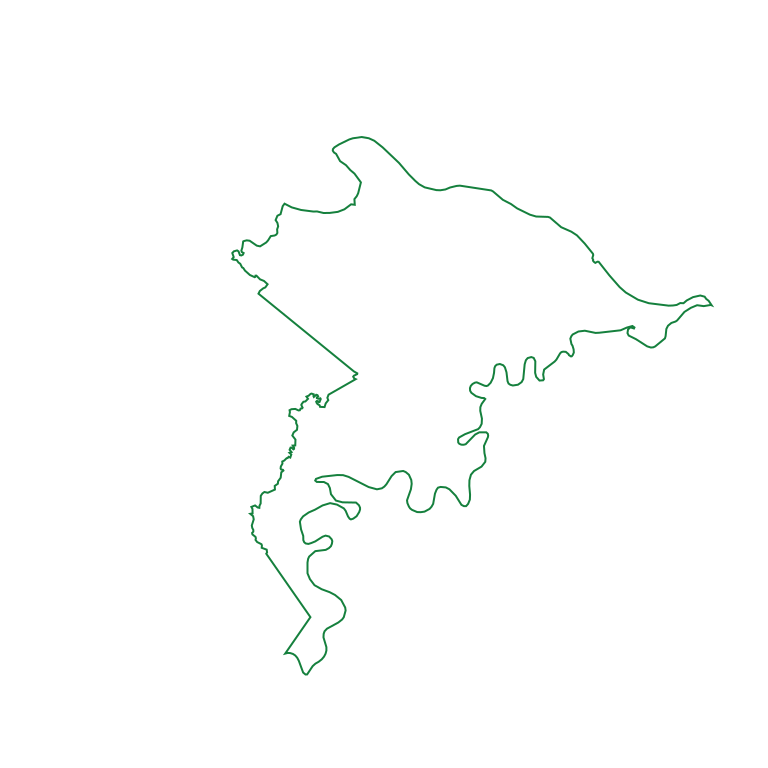 the district of Puerto Cortes, Cortés, Honduras, rotated 40°
{"feature_id": "27666195B79582673708274", "entity_name": "Puerto Cortes", "entity_type": "district", "adm_level": 2, "iso_a3": "HND", "parent_name": "Honduras", "parent_adm1": "Cortés", "projection": "mercator", "projection_center": [-87.847, 15.757], "detail": "fine", "context": "isolated", "style": "outline", "palette": "green", "viewbox_px": 768, "rotation_deg": 40, "n_neighbors": 0, "source": "geoboundaries", "source_scale": "gbopen_adm2", "svg_char_len": 6165}
<svg xmlns="http://www.w3.org/2000/svg" viewBox="0 0 768 768"><g transform="rotate(40 384 384)"><path d="M584.4,113.1L579.3,111.6L576.1,111.7L573.5,111.0L569.4,112.9L564.9,118.8L562.2,125.4L561.5,129.6L558.9,131.6L557.4,135.3L554.9,138.1L551.7,141.0L534.9,151.9L524.3,156.2L510.4,158.5L502.2,158.3L486.7,155.9L469.9,152.4L468.9,153.1L468.0,155.4L466.3,155.5L464.8,155.2L464.4,154.4L462.7,153.7L461.4,150.7L460.3,149.9L447.5,147.4L436.2,146.1L429.6,146.9L418.9,150.0L404.1,149.8L402.2,150.6L392.9,157.9L386.9,160.5L373.1,163.9L365.6,164.5L356.7,166.5L343.7,166.4L341.7,166.8L314.6,183.3L312.3,185.6L308.3,191.0L306.0,195.5L302.6,199.4L299.5,201.8L288.8,207.2L282.4,208.4L277.3,208.3L268.3,207.5L253.4,205.0L230.9,203.6L220.2,203.9L214.4,205.5L208.1,209.2L202.2,215.8L200.2,219.0L195.6,229.3L193.9,234.6L193.9,236.9L194.8,238.2L196.9,238.8L199.4,238.5L207.1,241.5L214.2,240.8L220.7,241.8L226.1,241.8L236.7,244.4L241.6,254.5L242.4,257.6L242.5,261.4L246.4,265.5L243.3,267.5L241.4,275.6L238.0,281.8L232.3,288.0L227.7,291.9L221.9,294.8L218.9,297.4L208.6,304.0L199.8,308.0L191.9,309.8L192.1,312.9L195.6,320.4L194.2,323.6L195.6,328.1L198.8,329.1L201.6,331.3L202.7,334.2L205.2,336.8L205.5,338.7L204.8,340.5L202.2,343.5L202.9,348.6L202.8,351.3L200.6,358.2L197.6,359.8L189.0,360.6L186.5,362.2L184.9,364.4L184.5,365.3L187.7,370.4L189.0,373.5L190.2,374.3L192.3,373.9L192.8,375.6L192.1,377.2L190.8,377.9L187.3,375.9L185.6,376.1L183.7,378.9L183.6,381.2L187.3,383.4L187.3,385.8L188.5,385.7L191.5,383.7L194.4,384.5L196.6,384.3L200.3,385.9L201.7,385.6L204.6,386.5L211.2,386.7L216.3,385.3L216.5,384.8L215.9,383.6L216.6,383.0L221.8,383.5L225.8,382.2L230.7,382.4L231.0,386.3L230.0,388.3L229.1,392.6L229.8,395.5L352.9,393.7L356.7,393.0L357.1,393.7L355.6,397.0L355.7,398.2L357.8,398.9L359.2,398.5L348.4,427.8L349.5,431.0L351.7,432.2L351.8,436.3L353.3,439.9L349.7,442.6L348.4,441.7L346.0,442.1L344.4,441.7L343.4,441.1L343.5,440.2L344.4,439.6L345.8,439.8L346.2,439.2L345.2,436.2L344.4,435.9L343.2,437.5L341.7,438.0L341.2,437.5L341.5,435.8L340.2,435.3L339.0,435.8L338.6,439.0L337.7,438.6L336.8,437.1L334.7,437.9L334.1,438.8L333.8,441.4L332.7,443.5L335.3,444.2L335.0,447.9L333.7,449.4L333.8,452.0L334.1,453.2L336.9,454.5L336.9,455.4L335.9,456.5L336.4,458.2L335.5,459.2L332.1,460.1L329.3,462.8L328.5,464.8L330.0,466.0L331.9,469.4L334.6,468.4L340.4,468.6L341.9,470.5L344.6,471.8L346.8,475.0L345.9,479.1L346.9,482.4L351.9,483.5L355.5,488.1L353.7,489.8L356.1,490.6L356.8,491.5L356.6,492.3L353.9,492.2L353.3,492.8L354.0,495.1L356.9,495.6L355.8,497.5L358.3,497.6L359.5,500.6L357.7,501.1L357.8,502.7L357.1,503.4L356.8,506.7L355.9,508.8L357.4,510.3L358.0,513.5L359.1,515.2L360.1,515.6L361.8,514.7L362.6,515.0L362.1,517.7L365.1,522.2L365.4,526.6L366.8,528.6L365.8,532.3L368.3,535.0L364.9,542.0L361.8,543.6L361.2,546.0L361.5,548.9L366.3,554.8L366.9,557.3L368.1,559.0L366.6,559.8L363.3,559.9L361.4,563.4L363.6,564.3L366.5,567.6L365.0,569.4L368.7,569.4L371.2,571.4L373.7,577.4L375.7,579.0L377.7,579.8L378.8,581.1L378.7,582.9L379.9,583.8L383.8,583.7L385.0,584.5L385.8,586.0L388.4,586.6L393.1,585.5L394.2,586.1L395.6,588.1L400.6,586.3L402.7,588.2L402.9,589.7L477.5,609.9L481.6,654.0L483.1,651.9L485.1,650.4L487.8,649.3L490.5,649.0L493.5,649.5L496.7,650.8L507.5,657.0L510.6,657.0L511.8,655.9L510.7,646.0L511.2,642.3L512.5,638.8L513.3,634.9L513.3,631.4L512.6,628.2L511.2,625.2L509.0,622.6L500.5,617.0L498.4,614.2L497.4,611.6L497.6,608.1L502.3,596.1L503.3,591.3L503.1,588.5L500.2,582.2L498.0,580.2L490.1,577.0L482.1,577.1L476.2,578.4L468.1,581.3L460.1,582.8L452.7,581.1L447.1,578.2L440.2,570.0L438.3,566.8L437.6,564.3L438.8,556.2L446.0,548.5L447.3,545.1L447.6,542.4L446.8,539.9L445.4,537.6L443.7,536.6L440.0,536.1L436.7,537.7L435.1,540.5L432.5,548.8L430.5,552.6L428.9,555.1L426.5,556.5L424.6,556.5L422.6,555.5L419.8,552.3L413.9,548.7L408.1,543.6L407.3,541.2L407.1,537.4L408.9,530.8L411.9,524.7L415.0,516.5L419.3,509.9L425.5,506.6L433.2,505.1L436.1,505.8L441.6,508.6L444.3,509.3L445.7,509.0L447.0,506.9L448.0,502.9L447.3,498.0L446.3,495.5L445.2,494.2L442.8,493.0L438.8,492.8L428.3,501.3L422.1,504.2L414.2,502.5L409.4,498.5L405.4,496.7L401.0,497.7L395.5,502.2L393.4,502.2L392.9,500.4L396.2,494.8L406.8,483.7L411.3,480.1L416.6,477.9L438.5,472.8L446.3,469.2L449.4,465.3L450.2,462.4L450.3,459.3L449.0,449.7L449.5,444.0L454.6,438.3L457.2,437.5L461.4,437.5L466.6,440.0L469.4,442.7L472.3,447.4L476.4,458.3L478.5,460.2L481.9,461.9L484.0,462.5L486.4,462.4L491.7,460.8L494.5,458.6L497.1,455.7L499.2,450.4L499.3,447.5L498.7,444.2L493.5,435.2L492.2,431.2L492.0,428.7L493.5,426.5L497.8,423.5L501.8,422.6L510.8,423.5L521.0,426.8L523.7,426.2L525.4,424.8L525.5,421.8L524.1,417.4L521.1,413.5L514.9,407.3L511.3,402.8L508.9,397.6L508.9,392.8L511.8,384.6L511.6,378.5L509.5,375.6L505.4,372.4L500.4,367.2L497.8,358.0L497.0,356.6L495.5,355.4L493.4,355.3L488.1,359.7L486.3,364.1L485.3,377.6L484.0,379.4L482.2,380.8L480.1,381.4L478.5,381.1L476.2,378.7L475.9,376.7L478.3,370.4L485.1,358.1L485.3,355.5L484.4,351.7L481.3,347.6L475.0,342.7L472.7,339.8L471.6,336.4L471.2,330.4L469.8,330.4L467.6,332.0L462.3,334.2L456.6,334.6L454.3,333.8L452.5,331.9L451.7,329.7L451.8,327.1L452.8,324.5L454.0,323.1L462.1,320.7L463.8,319.7L464.6,318.4L464.9,314.5L463.7,309.5L461.1,304.7L458.4,300.9L457.7,298.9L457.9,296.8L459.9,294.2L463.3,293.0L465.9,293.5L470.3,296.3L476.8,302.4L479.1,303.6L481.3,303.4L483.7,302.3L487.1,298.4L488.2,294.1L487.5,290.7L479.1,278.5L477.4,274.6L477.4,271.8L479.5,268.7L481.9,267.8L485.3,269.3L492.6,278.3L496.0,280.7L500.9,281.4L503.5,278.9L503.4,277.5L499.8,274.4L497.4,270.0L500.3,257.1L500.4,254.5L499.2,247.3L499.4,245.5L500.4,244.1L502.6,242.5L506.1,242.5L507.2,243.0L509.5,242.7L510.0,242.1L510.0,240.7L509.2,237.9L507.0,235.6L503.8,233.5L501.9,232.9L497.6,229.5L496.8,227.0L496.7,224.8L499.2,218.8L503.6,214.1L513.2,208.9L515.9,206.4L530.7,190.8L533.8,184.6L537.0,179.9L539.5,179.7L539.8,180.8L536.3,182.2L535.9,185.4L537.8,188.5L540.3,189.6L548.2,187.7L561.4,186.0L565.0,184.5L566.7,182.8L567.6,180.9L569.9,168.5L569.0,166.4L564.9,160.3L564.1,156.8L564.9,152.5L567.2,148.7L567.7,146.9L567.8,135.6L570.1,128.4L573.2,122.4L578.9,118.8L583.5,113.4L584.4,113.1Z" fill="none" stroke="#15803d" stroke-width="2"/></g></svg>